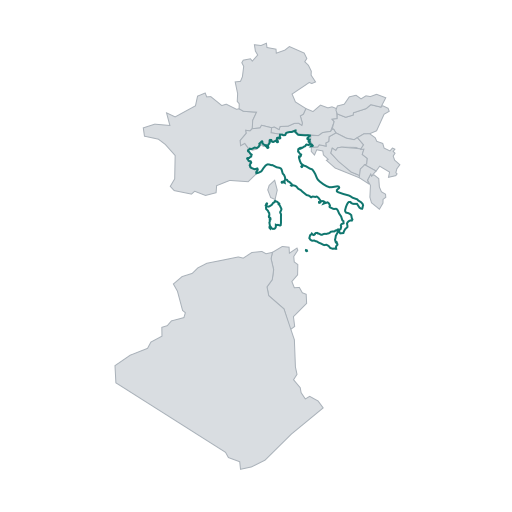 Italy and the surrounding countries, rotated 354°
{"feature_id": "ITA", "entity_name": "Italy", "entity_type": "country or territory", "adm_level": 0, "iso_a3": "ITA", "parent_name": "Europe", "parent_adm1": "", "projection": "natural_earth1", "projection_center": [11.757, 41.885], "detail": "fine", "context": "with_neighbors", "style": "outline", "palette": "teal", "viewbox_px": 512, "rotation_deg": 354, "n_neighbors": 14, "source": "natural_earth", "source_scale": "50m", "svg_char_len": 11677}
<svg xmlns="http://www.w3.org/2000/svg" viewBox="0 0 512 512"><g transform="rotate(354 256 256)"><path d="M254.6,107.8L258.7,110.8L271.6,113.0L266.9,120.8L265.6,129.0L263.1,131.0L259.0,129.9L259.2,132.9L252.4,139.4L252.2,144.6L256.6,142.8L259.6,147.9L259.1,151.2L261.8,155.5L258.5,159.1L260.7,168.1L265.7,169.6L264.5,174.6L256.0,181.3L237.8,178.1L224.2,181.9L222.9,188.9L212.1,190.5L201.8,185.2L198.3,187.7L181.5,182.4L178.0,177.8L183.2,170.8L186.1,147.6L177.4,135.5L171.1,129.6L157.6,125.2L157.3,116.8L169.1,114.3L184.0,117.2L182.0,104.3L190.1,109.2L211.5,100.3L214.6,90.9L222.5,88.6L223.6,92.6L227.7,92.8L237.7,102.8L242.3,101.9L252.0,108.1L254.6,107.8ZM276.5,187.1L282.5,182.6L284.0,192.7L280.9,201.8L276.7,199.4L274.6,191.5L276.5,187.1Z" fill="#d9dde1" stroke="#a8b0b8" stroke-width="1"/><path d="M282.3,332.9L278.3,311.6L264.5,296.8L263.7,287.9L269.7,281.2L272.1,271.5L270.7,260.2L272.7,254.1L283.1,249.3L289.8,250.7L289.5,256.7L297.6,252.4L298.2,254.6L293.5,260.4L293.4,265.9L296.7,268.9L295.4,279.1L289.0,285.1L290.8,291.6L295.8,291.8L298.2,297.4L301.9,299.3L301.4,308.4L286.9,320.2L287.1,330.1L282.3,332.9Z" fill="#d9dde1" stroke="#a8b0b8" stroke-width="1"/><path d="M103.4,367.5L104.3,350.3L120.5,341.5L138.5,336.5L142.5,330.6L154.1,325.9L154.9,317.1L160.5,316.0L165.1,311.7L177.9,309.7L179.8,305.0L177.3,302.5L174.2,282.8L170.9,275.2L180.4,268.7L190.8,266.6L197.0,261.7L206.3,258.1L238.3,255.1L243.1,256.8L252.2,252.1L262.3,252.1L266.2,254.8L272.7,254.1L270.7,260.2L272.1,271.5L269.7,281.2L263.7,287.9L264.5,296.8L278.3,311.6L285.4,343.4L283.6,370.5L284.4,378.0L280.4,383.0L286.2,391.6L286.6,396.7L290.1,403.3L294.7,401.2L302.6,406.7L306.9,414.1L272.7,436.7L243.6,460.0L229.4,465.3L218.3,466.5L218.3,458.9L207.5,453.6L205.2,448.1L103.4,367.5Z" fill="#d9dde1" stroke="#a8b0b8" stroke-width="1"/><path d="M351.4,117.8L351.1,127.9L346.0,128.0L347.8,130.5L343.2,139.9L335.3,140.2L330.7,142.8L310.1,138.9L308.1,134.9L299.1,136.9L298.1,139.1L283.8,135.0L284.9,130.1L287.6,129.5L292.2,132.7L293.5,129.7L301.5,130.2L308.0,128.1L312.3,128.4L315.2,130.8L316.0,128.8L314.7,121.3L317.9,119.9L321.0,114.6L327.8,118.3L335.9,112.7L343.0,116.2L347.2,115.6L351.4,117.8Z" fill="#d9dde1" stroke="#a8b0b8" stroke-width="1"/><path d="M397.7,119.8L402.8,122.9L403.6,126.0L398.2,128.4L389.0,144.1L381.8,146.3L376.1,145.8L365.8,150.6L358.2,148.3L348.3,141.9L346.5,138.0L344.9,137.9L347.8,130.5L346.0,128.0L351.1,127.9L351.7,123.2L359.7,127.4L367.3,126.0L367.9,123.7L381.0,120.9L386.0,117.5L395.8,121.0L397.7,119.8Z" fill="#d9dde1" stroke="#a8b0b8" stroke-width="1"/><path d="M325.1,59.2L327.2,64.9L324.8,67.9L328.1,71.9L330.3,78.0L329.7,81.9L333.4,89.1L329.5,90.3L327.1,89.0L308.8,98.7L311.3,106.9L321.0,114.6L317.9,119.9L314.7,121.3L316.0,128.8L315.2,130.8L312.3,128.4L308.0,128.1L301.5,130.2L293.5,129.7L292.2,132.7L287.6,129.5L284.9,130.1L275.2,126.6L273.3,129.1L265.6,129.0L266.9,120.8L271.6,113.0L258.7,110.8L254.6,107.8L255.2,102.8L253.5,100.3L254.7,92.6L253.5,80.7L258.8,80.7L261.2,76.4L263.6,66.1L262.1,62.3L263.8,59.9L271.1,59.3L272.7,61.8L278.7,56.3L276.8,52.1L276.5,45.7L283.0,47.2L288.6,45.5L288.7,49.8L297.5,52.4L297.4,56.4L306.2,54.3L311.1,51.2L325.1,59.2Z" fill="#d9dde1" stroke="#a8b0b8" stroke-width="1"/><path d="M391.3,208.1L391.2,211.2L388.3,212.9L387.8,216.7L383.6,222.4L376.4,215.1L375.4,209.4L377.2,197.8L374.8,192.2L378.7,186.4L379.3,188.6L381.8,187.6L386.2,191.9L385.9,200.2L387.4,205.2L391.3,208.1Z" fill="#d9dde1" stroke="#a8b0b8" stroke-width="1"/><path d="M348.3,141.9L358.2,148.3L365.8,150.6L369.2,148.8L374.6,156.7L371.1,161.0L366.9,158.5L352.6,156.7L348.4,156.9L346.4,159.4L343.1,156.7L341.2,161.5L359.4,182.4L367.7,186.9L366.8,188.9L343.9,176.8L336.0,168.2L337.9,167.4L333.6,162.5L333.4,158.5L327.5,156.7L324.7,161.7L321.9,157.8L322.4,153.6L328.8,154.0L330.5,152.0L337.2,154.1L337.2,150.9L340.3,149.7L341.1,145.0L348.3,141.9Z" fill="#d9dde1" stroke="#a8b0b8" stroke-width="1"/><path d="M284.9,130.1L283.8,135.0L292.5,137.4L291.8,142.2L287.8,144.1L281.0,142.7L279.0,147.4L274.6,147.7L273.1,145.9L267.9,149.8L263.5,150.4L259.6,147.9L256.6,142.8L252.2,144.6L252.4,139.4L259.2,132.9L259.0,129.9L263.1,131.0L265.6,129.0L273.3,129.1L275.2,126.6L284.9,130.1Z" fill="#d9dde1" stroke="#a8b0b8" stroke-width="1"/><path d="M323.2,141.9L330.7,142.8L335.3,140.2L343.2,139.9L344.9,137.9L346.5,138.0L348.3,141.9L341.1,145.0L340.3,149.7L337.2,150.9L337.2,154.1L330.5,152.0L328.8,154.0L322.4,153.6L324.5,152.5L322.2,147.6L323.2,141.9Z" fill="#d9dde1" stroke="#a8b0b8" stroke-width="1"/><path d="M401.6,112.2L395.8,121.0L386.0,117.5L381.0,120.9L367.9,123.7L367.3,126.0L359.7,127.4L351.7,123.2L350.7,119.3L352.6,115.3L359.6,114.3L365.4,107.5L372.3,106.6L376.9,110.7L382.1,108.2L386.4,109.4L392.8,107.8L401.6,112.2Z" fill="#d9dde1" stroke="#a8b0b8" stroke-width="1"/><path d="M367.7,186.9L359.4,182.4L347.9,170.6L341.2,161.5L343.1,156.7L346.4,159.4L348.4,156.9L352.6,156.7L374.5,161.0L372.3,166.1L376.9,170.6L375.7,176.1L368.9,180.4L367.7,186.9Z" fill="#d9dde1" stroke="#a8b0b8" stroke-width="1"/><path d="M369.2,148.8L376.1,145.8L381.8,146.3L386.9,150.9L388.1,154.6L393.8,157.3L394.7,162.1L400.2,165.5L403.0,162.9L405.3,164.3L403.3,166.3L405.0,168.3L402.9,171.0L403.9,175.2L408.6,180.3L405.2,184.0L403.8,187.7L404.9,189.1L403.4,190.7L396.0,191.6L397.6,186.5L388.4,179.6L383.5,185.0L384.2,184.0L373.6,176.6L375.7,176.1L376.9,170.6L372.3,166.1L374.5,161.0L371.1,161.0L374.6,156.7L369.2,148.8Z" fill="#d9dde1" stroke="#a8b0b8" stroke-width="1"/><path d="M384.2,184.0L379.3,188.6L378.7,186.4L374.8,192.2L375.5,195.9L366.8,188.9L368.9,180.4L373.6,176.6L384.2,184.0Z" fill="#d9dde1" stroke="#a8b0b8" stroke-width="1"/><path d="M261.2,148.6L262.2,149.2L264.0,148.8L265.9,148.0L268.2,148.7L270.1,147.6L270.3,147.2L271.3,145.9L271.4,145.6L271.0,144.8L271.1,144.6L272.3,143.8L273.0,143.1L273.6,142.6L274.1,142.6L274.3,143.1L274.2,144.5L274.4,144.9L276.0,146.5L277.7,146.9L277.7,147.1L277.3,147.8L278.2,148.7L278.4,149.4L278.9,149.8L279.5,149.6L279.7,149.2L279.3,148.0L279.3,147.6L279.5,147.2L281.2,145.2L281.6,144.5L281.7,142.3L282.1,142.0L283.3,142.2L283.7,143.7L284.2,144.2L285.2,144.4L287.4,143.5L287.9,143.6L288.8,145.0L289.2,145.1L289.6,145.0L289.8,144.8L289.5,143.6L289.2,142.9L288.9,142.6L288.8,142.2L289.3,140.8L290.3,140.6L291.0,141.2L291.8,141.4L292.4,141.4L292.5,141.0L292.5,140.6L292.1,140.1L292.2,139.3L292.6,137.8L294.8,138.0L295.4,138.6L296.1,138.8L297.6,138.8L297.8,138.6L298.2,137.8L298.8,136.9L299.8,136.5L302.4,136.2L304.7,136.4L308.3,135.3L308.5,135.3L308.5,135.5L307.9,136.4L308.1,137.0L309.2,138.1L310.3,139.6L311.1,140.0L317.4,141.1L320.3,141.3L322.2,141.8L322.0,142.4L321.0,143.0L319.5,144.1L319.3,144.8L319.5,145.2L319.7,145.3L320.0,145.2L320.3,145.3L321.6,145.7L321.7,146.0L320.3,147.3L320.3,147.9L320.5,148.1L321.4,148.0L321.5,148.2L321.1,149.7L321.2,150.0L321.9,150.2L322.5,150.6L323.5,151.5L323.9,152.3L323.6,152.5L323.0,152.6L322.5,152.6L323.1,152.1L321.6,150.4L321.0,150.4L320.1,151.2L317.8,150.4L317.3,150.7L317.0,151.3L316.2,152.0L315.0,152.3L313.7,153.1L311.3,154.0L310.7,154.0L311.6,153.1L311.2,153.1L310.0,153.7L309.2,154.2L308.8,156.6L309.4,157.0L310.3,158.9L311.5,159.8L311.0,161.2L310.3,161.8L309.7,161.4L309.3,161.4L309.0,162.6L309.6,166.1L310.4,168.5L311.2,169.5L313.1,171.1L315.1,172.0L318.7,174.7L320.7,175.6L321.2,176.1L322.4,178.2L323.5,180.7L324.6,184.5L325.4,186.4L327.1,188.5L330.4,191.6L333.5,193.9L336.3,195.3L338.5,195.5L343.7,195.2L344.7,195.3L345.6,195.7L345.9,196.7L345.5,197.3L344.4,198.0L343.3,198.9L343.2,200.2L344.3,201.1L349.4,203.5L354.6,205.5L356.2,206.5L358.1,208.1L362.7,210.3L363.4,211.4L366.2,213.6L367.5,215.4L367.8,216.8L367.2,218.2L367.0,219.2L366.5,220.1L365.3,219.8L364.0,218.8L361.9,214.7L358.2,214.3L357.5,214.0L356.2,213.3L356.1,212.9L355.7,212.3L355.4,212.1L354.0,212.0L353.1,212.6L351.9,214.2L350.7,216.4L349.4,219.7L349.4,221.0L350.1,222.3L352.3,223.0L353.9,224.1L355.0,225.3L355.2,228.2L355.7,229.8L355.0,230.8L353.6,230.5L351.8,231.1L350.5,232.2L349.9,233.2L350.1,235.8L349.9,236.8L347.4,238.7L346.1,240.6L345.3,242.3L342.2,242.3L341.4,241.2L341.4,239.6L341.9,238.5L343.0,238.0L343.8,235.9L343.5,234.4L344.0,233.7L344.4,233.2L346.5,232.7L346.6,230.5L345.6,229.5L344.8,225.6L343.1,222.4L342.2,219.5L341.5,218.1L340.5,217.4L338.7,217.4L337.8,217.2L334.5,215.2L334.3,214.9L334.3,214.4L334.8,213.6L334.5,212.5L334.1,211.5L333.4,210.6L332.7,210.1L330.8,210.6L329.9,210.6L329.1,210.9L328.7,211.0L329.9,209.4L329.6,209.1L328.4,208.4L326.5,208.3L326.2,208.7L325.9,208.4L326.0,207.8L324.2,204.7L323.0,203.5L322.4,203.2L321.3,203.5L319.5,203.0L318.4,202.8L317.0,203.4L316.5,203.1L316.4,202.7L314.7,201.4L312.7,200.7L308.7,196.7L307.5,195.2L305.0,193.5L303.4,191.1L302.1,190.2L300.2,189.5L298.8,189.9L298.4,189.6L299.2,189.1L299.0,188.2L296.9,185.8L295.6,185.1L294.8,183.5L294.2,183.3L293.7,183.3L293.0,183.1L293.1,181.1L293.0,180.4L292.4,178.4L291.2,176.8L290.5,172.8L290.0,171.7L288.7,170.8L285.8,169.9L281.8,167.3L280.9,167.3L278.5,166.3L276.9,166.1L275.0,167.0L272.5,169.5L270.5,172.0L269.8,172.5L267.3,173.4L265.1,173.8L265.0,172.6L266.6,170.7L266.8,170.1L266.5,169.1L266.1,169.1L264.0,169.6L263.5,169.5L260.3,167.8L259.7,167.2L259.5,166.5L259.7,166.1L259.2,165.1L260.4,163.2L260.8,163.0L261.0,162.7L260.7,161.4L260.2,161.1L258.9,160.8L258.4,160.3L258.3,159.7L258.0,159.1L257.5,158.6L257.4,158.0L258.0,157.7L259.4,157.8L260.7,156.9L261.6,156.6L261.9,155.3L262.2,155.0L262.3,154.7L261.0,153.6L260.6,152.7L259.9,151.6L259.2,151.2L259.0,150.8L259.0,150.3L259.2,149.9L260.5,149.3L261.2,148.6ZM311.2,172.2L311.5,171.6L311.4,171.2L310.8,171.3L310.4,171.8L310.7,172.3L311.2,172.2ZM340.7,239.0L339.8,240.9L337.5,244.2L336.9,246.5L336.3,248.0L336.5,249.5L337.6,250.6L337.0,251.0L338.1,252.3L338.2,252.8L338.2,253.3L337.2,254.2L336.8,254.7L336.5,255.4L336.4,256.0L336.5,256.6L336.5,257.2L335.5,257.1L334.4,256.7L333.3,256.9L330.7,255.8L329.4,253.8L328.3,252.9L327.2,252.2L325.0,252.3L324.0,251.8L321.9,250.4L319.8,249.3L317.9,247.8L316.7,247.5L315.6,246.7L313.5,246.7L312.9,246.4L311.8,245.5L310.9,243.8L312.0,241.0L313.1,240.4L313.8,239.5L314.9,240.9L315.4,241.2L315.9,241.1L316.8,240.6L316.8,240.1L317.8,239.4L319.0,239.4L319.6,239.5L319.9,240.1L321.0,240.4L322.8,241.6L323.8,241.8L325.2,241.3L326.3,241.1L328.5,241.4L329.7,241.1L330.6,241.1L331.8,240.6L332.8,239.8L333.3,239.7L335.1,239.6L336.4,239.8L336.9,239.6L337.4,239.1L337.9,238.9L338.5,239.1L340.0,238.2L340.6,238.1L341.3,238.5L340.7,239.0ZM284.6,207.6L285.0,208.4L286.1,211.5L286.2,212.1L285.7,213.3L284.6,214.9L284.8,216.1L285.2,216.9L285.2,217.8L285.0,218.9L284.3,225.6L283.8,227.9L283.1,228.2L281.0,227.3L279.9,227.5L279.0,227.0L278.7,229.3L278.1,230.2L277.3,230.8L276.6,230.9L275.8,230.7L275.1,230.7L274.6,230.2L273.0,227.4L272.8,224.1L273.3,223.2L273.4,222.2L273.4,221.3L273.6,221.0L273.9,221.3L274.2,221.2L274.3,219.9L273.8,219.2L273.0,219.0L272.9,218.3L273.0,217.6L273.4,217.1L273.6,216.5L273.6,214.6L273.1,213.9L272.8,212.8L272.5,212.1L271.0,210.3L271.0,208.9L271.4,207.3L272.2,207.9L272.7,208.0L273.7,208.2L274.6,208.0L277.0,206.8L278.7,204.9L279.7,204.6L280.2,204.1L280.4,203.4L280.8,203.2L281.3,203.9L282.0,203.9L283.0,204.5L283.7,205.6L284.4,206.0L284.5,206.2L284.2,206.3L283.9,207.0L284.6,207.6ZM291.9,184.4L292.2,184.9L292.2,185.1L292.0,185.4L292.1,186.1L291.3,185.6L290.1,185.8L289.4,185.8L289.2,185.3L289.4,185.0L290.5,184.9L290.8,184.8L291.5,184.8L291.9,184.4ZM273.5,229.0L273.0,230.2L272.4,229.4L272.4,228.6L272.5,228.4L273.5,229.0ZM272.3,205.5L271.7,206.3L271.2,206.3L271.8,205.1L272.3,204.8L272.5,205.0L272.3,205.5ZM307.3,256.3L306.9,256.5L306.3,256.1L306.2,255.5L306.3,255.3L307.1,255.6L307.3,256.3ZM325.2,209.6L324.5,209.8L324.3,209.7L324.2,209.5L324.3,209.0L325.2,209.3L325.2,209.6Z" fill="none" stroke="#0f766e" stroke-width="2"/></g></svg>